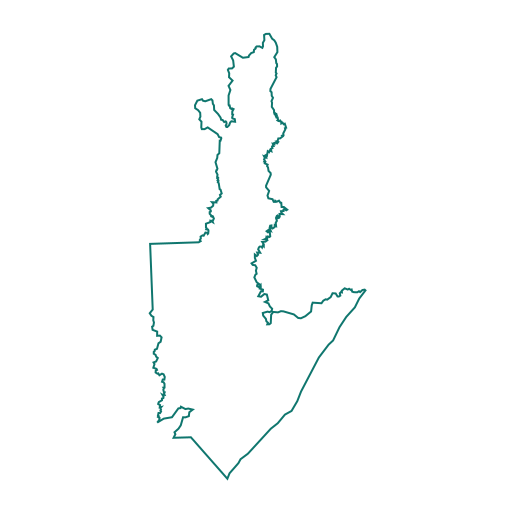 outline of Manicoré, Amazonas, Brazil, rotated 178°
{"feature_id": "56859067B26711043280922", "entity_name": "Manicoré", "entity_type": "district", "adm_level": 2, "iso_a3": "BRA", "parent_name": "Brazil", "parent_adm1": "Amazonas", "projection": "natural_earth1", "projection_center": [-61.559, -6.788], "detail": "fine", "context": "isolated", "style": "outline", "palette": "teal", "viewbox_px": 512, "rotation_deg": 178, "n_neighbors": 0, "source": "geoboundaries", "source_scale": "gbopen_adm2", "svg_char_len": 6140}
<svg xmlns="http://www.w3.org/2000/svg" viewBox="0 0 512 512"><g transform="rotate(178 256 256)"><path d="M253.7,459.0L256.0,456.6L256.5,455.1L262.2,454.6L269.7,459.5L271.2,459.2L273.9,456.4L272.0,452.2L271.5,446.0L273.4,444.3L276.7,444.3L277.6,443.0L276.4,439.5L276.7,435.6L273.3,432.1L277.5,427.0L275.8,422.8L277.8,417.4L278.1,408.3L277.9,407.4L277.1,407.4L276.6,404.6L275.1,403.6L274.7,404.3L273.3,403.6L274.7,401.1L274.8,398.4L274.0,398.1L275.0,395.4L274.8,394.4L272.4,393.5L272.2,390.9L275.9,391.5L277.2,390.3L278.2,387.7L280.2,385.9L281.1,386.0L281.7,387.4L280.8,389.1L281.0,390.9L281.6,391.6L283.1,391.0L284.6,393.1L286.1,393.4L286.6,395.6L289.0,399.3L292.7,403.4L292.8,408.0L293.8,409.6L294.1,413.0L295.3,414.3L301.3,412.4L303.5,413.0L304.5,414.6L309.2,413.3L311.7,408.8L311.6,405.8L308.8,403.8L306.8,401.1L306.7,397.2L307.9,394.6L305.8,392.1L306.2,386.4L305.7,384.7L302.9,384.6L299.8,386.2L290.1,379.1L288.7,376.1L286.7,375.5L286.6,374.7L287.5,372.4L288.2,372.5L289.1,360.0L291.0,358.3L291.3,355.4L293.2,351.2L291.5,344.6L292.2,343.1L293.4,342.8L292.7,342.7L293.0,341.7L291.6,338.6L292.1,336.4L291.3,335.8L292.0,335.1L291.1,334.2L291.8,332.9L290.9,332.3L291.6,331.1L290.7,330.1L290.0,324.1L289.1,323.5L288.1,319.7L289.9,318.3L289.2,316.5L292.3,314.0L292.5,312.8L293.8,312.5L293.7,310.9L298.1,311.3L296.8,309.7L297.1,307.7L299.3,305.9L302.1,305.5L299.6,303.2L299.6,302.1L300.8,301.5L300.8,299.8L299.3,298.0L299.4,297.2L298.1,296.6L298.4,297.5L297.7,297.2L296.8,294.9L297.7,293.1L298.6,292.9L298.0,291.3L300.4,292.8L300.7,291.4L304.9,290.0L305.0,286.2L304.3,285.4L304.8,284.4L302.9,284.0L302.6,282.8L303.0,280.1L303.5,279.7L303.8,280.8L305.7,281.2L307.6,278.1L308.7,278.5L310.7,277.3L310.5,275.5L311.6,273.9L310.8,272.8L312.8,271.7L361.4,271.8L361.1,206.1L364.2,202.5L362.6,199.9L360.6,198.6L360.9,195.4L360.3,193.1L361.0,189.8L362.3,189.0L361.9,185.8L357.4,183.9L357.6,179.7L354.8,179.8L353.2,178.0L354.3,173.6L356.5,172.2L358.2,166.7L360.4,165.9L360.7,164.3L361.5,163.8L361.6,161.9L359.8,160.7L359.3,158.9L357.7,157.5L359.5,154.1L362.1,153.2L361.2,151.6L362.5,147.9L359.4,146.7L358.9,145.6L360.2,144.9L360.4,143.1L358.6,141.8L357.8,142.1L356.7,140.2L354.1,141.7L352.5,141.0L351.4,138.3L351.9,135.7L353.5,135.8L354.3,133.6L352.8,133.1L351.9,131.5L352.0,127.8L353.0,127.7L352.6,127.1L353.3,125.6L352.7,122.8L352.1,122.8L352.7,121.4L352.3,120.5L353.2,120.7L353.3,119.7L354.2,120.3L353.3,118.5L353.6,117.2L355.0,116.8L355.0,115.1L358.2,113.4L358.8,112.1L358.9,111.4L357.1,110.4L357.5,108.1L355.9,108.4L356.9,107.3L356.3,105.7L356.9,104.9L356.3,103.9L357.4,102.3L358.9,102.5L359.6,99.8L358.8,99.3L359.5,98.5L358.0,97.5L358.5,95.4L360.5,93.0L353.8,96.7L345.6,97.8L338.9,106.4L336.8,106.6L336.3,108.0L331.9,105.5L329.0,105.9L324.6,104.7L328.1,102.2L328.7,98.3L332.2,97.2L334.5,97.4L337.1,89.4L339.5,86.1L343.6,82.7L342.8,80.7L344.7,77.2L327.4,77.1L292.4,34.4L290.0,39.8L280.8,49.6L278.5,53.5L271.0,58.7L247.2,82.9L240.1,88.1L232.6,96.5L225.9,99.9L219.8,109.5L215.7,119.0L196.7,152.4L186.5,164.9L181.9,168.9L175.0,182.0L167.9,192.0L159.0,201.2L154.3,209.9L147.8,217.8L148.6,218.6L150.8,218.3L153.2,216.3L154.3,217.2L156.0,216.2L159.4,216.4L161.1,217.0L161.6,219.1L162.3,218.7L164.1,220.0L165.5,219.3L168.5,220.6L171.5,218.3L171.4,216.6L172.5,216.9L173.6,215.8L173.1,213.5L174.6,212.6L175.9,212.7L177.7,215.8L180.8,216.1L182.8,212.3L186.4,209.9L187.9,210.3L190.3,209.0L192.2,206.5L201.0,207.4L202.0,204.8L202.9,198.6L208.8,194.1L213.3,192.2L216.0,192.6L220.2,196.3L230.5,199.7L233.0,200.0L236.0,198.9L240.7,199.5L242.9,196.8L243.6,188.4L245.0,187.3L247.1,187.3L246.4,188.9L247.9,190.4L248.3,192.8L250.9,196.2L251.2,198.8L246.4,200.0L244.4,199.4L242.3,200.5L241.7,202.7L243.9,205.1L245.2,208.2L248.6,209.8L245.3,211.3L246.5,217.1L249.0,217.7L252.4,215.1L255.1,215.7L252.3,220.5L250.4,220.4L250.2,222.1L253.3,223.3L252.3,224.6L252.4,226.7L254.1,224.8L255.9,225.7L255.9,226.8L253.9,227.9L256.2,229.7L258.4,234.7L257.2,237.4L256.0,238.2L256.6,241.3L255.7,244.2L257.1,246.8L259.6,247.2L260.7,248.8L256.2,251.2L257.2,254.1L257.1,257.5L255.2,255.9L253.9,257.2L254.7,259.4L251.7,259.1L253.6,262.6L252.8,264.5L251.8,265.3L250.1,265.1L249.6,264.3L248.7,266.4L247.9,265.5L247.8,267.3L249.3,269.9L246.1,270.0L244.1,271.4L244.8,272.3L246.6,272.5L245.4,273.0L245.0,274.4L244.2,273.2L243.4,275.1L241.9,274.5L241.1,275.1L241.4,280.0L243.2,279.2L244.5,280.4L241.9,282.1L240.5,281.0L241.4,283.7L240.8,285.8L239.5,286.0L239.5,283.6L238.5,282.9L236.4,284.2L236.2,286.2L234.9,285.3L235.1,288.6L233.9,290.4L234.7,293.3L233.8,295.3L233.1,295.7L232.6,294.8L233.0,293.0L231.7,293.3L230.9,294.5L231.0,297.2L227.7,296.9L229.2,298.5L229.5,299.9L226.9,300.0L226.9,301.5L226.1,302.0L224.2,300.6L223.2,301.2L226.5,304.0L228.7,304.1L228.9,308.3L229.8,308.4L231.1,310.5L233.5,309.5L234.8,310.5L235.1,309.4L236.4,309.5L237.5,312.2L241.6,313.2L242.4,316.0L240.6,320.6L243.5,324.3L243.5,325.9L238.4,336.7L238.5,338.4L240.5,340.6L240.9,344.1L241.8,345.5L241.2,346.9L244.0,348.3L243.4,349.8L244.5,350.1L243.9,351.1L244.6,352.3L243.7,353.6L244.4,355.2L242.2,354.0L242.3,355.6L243.2,356.2L242.3,356.7L241.5,356.1L240.6,360.3L239.3,359.3L238.6,361.0L237.0,360.2L237.5,362.5L235.8,363.2L236.2,364.7L235.7,365.3L234.6,365.3L235.3,367.6L233.7,367.1L233.8,368.3L231.9,368.5L231.0,367.8L229.8,369.2L231.2,370.0L230.4,370.2L229.6,372.7L227.8,372.7L225.0,374.7L225.6,375.4L224.3,375.8L224.5,377.6L222.3,381.5L222.6,382.7L221.4,383.1L222.6,387.2L223.7,386.7L224.8,388.3L226.1,387.6L226.1,389.5L227.3,389.8L227.3,390.5L228.8,390.1L229.8,390.8L229.2,391.3L229.5,393.6L230.7,393.6L231.4,395.4L230.3,395.0L230.2,395.6L230.8,397.2L232.5,397.2L232.7,397.9L231.8,398.0L232.9,398.9L232.9,401.2L235.0,404.5L234.6,408.6L235.1,410.2L233.5,413.5L234.7,415.6L234.7,419.1L235.9,420.3L235.7,422.5L229.2,434.0L230.0,435.9L229.1,437.7L229.8,438.6L229.4,443.4L228.3,444.7L228.3,447.1L229.0,448.0L229.3,451.8L230.8,454.1L227.5,459.0L227.5,464.3L228.8,468.5L230.2,470.9L232.3,472.6L234.9,477.6L238.4,477.6L240.2,476.6L240.1,471.4L241.7,468.8L241.7,465.3L242.4,463.8L245.2,465.4L248.1,465.4L249.2,464.3L249.1,463.4L250.8,462.1L251.1,459.8L253.7,459.0Z" fill="none" stroke="#0f766e" stroke-width="2"/></g></svg>